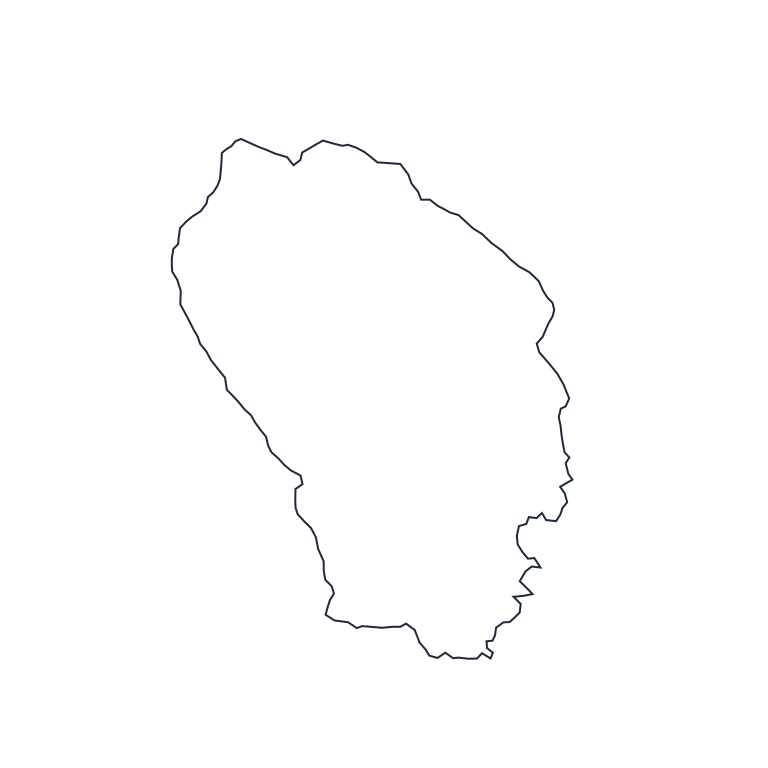 Potirendaba, São Paulo, Brazil (Equal Earth projection), rotated 323°
{"feature_id": "56859067B31235444484955", "entity_name": "Potirendaba", "entity_type": "district", "adm_level": 2, "iso_a3": "BRA", "parent_name": "Brazil", "parent_adm1": "São Paulo", "projection": "equal_earth", "projection_center": [-49.395, -21.076], "detail": "fine", "context": "isolated", "style": "outline", "palette": "slate", "viewbox_px": 768, "rotation_deg": 323, "n_neighbors": 0, "source": "geoboundaries", "source_scale": "gbopen_adm2", "svg_char_len": 2398}
<svg xmlns="http://www.w3.org/2000/svg" viewBox="0 0 768 768"><g transform="rotate(323 384 384)"><path d="M286.4,160.9L282.5,166.8L281.6,176.3L277.9,187.0L269.2,197.9L267.0,213.1L264.7,225.8L263.7,234.2L261.3,241.2L261.7,251.1L260.2,260.8L260.4,270.2L260.8,283.4L255.0,294.0L256.2,303.3L257.0,311.3L257.3,320.2L259.0,329.0L257.9,337.5L257.7,345.9L258.1,355.1L254.4,363.5L253.0,370.8L254.8,379.6L255.7,388.9L257.6,397.0L262.2,406.9L258.7,414.9L250.1,414.6L243.5,423.0L239.0,429.4L236.7,436.0L237.6,445.7L239.0,455.1L237.3,465.6L232.2,475.9L229.1,489.3L223.4,497.0L219.3,505.0L220.5,513.9L217.9,521.2L210.5,524.2L205.0,528.1L198.5,533.1L202.1,543.0L211.9,552.6L215.4,562.6L220.8,564.2L227.6,570.2L235.7,577.5L244.5,582.9L251.0,587.8L257.4,588.6L260.5,599.0L256.8,612.0L257.4,620.8L256.7,628.2L261.9,635.0L271.3,635.5L274.2,644.6L278.9,647.4L286.2,654.3L293.0,659.2L300.3,658.0L303.9,667.3L309.2,664.2L307.4,656.8L311.1,651.2L316.2,654.3L321.3,651.6L326.9,646.1L335.9,646.2L341.1,649.7L347.1,649.2L354.8,648.2L360.8,641.9L359.4,631.9L367.7,637.0L376.2,641.2L375.1,632.0L373.7,623.2L384.0,618.9L392.0,618.6L398.5,624.7L399.3,613.5L393.9,610.2L393.4,601.7L394.2,592.6L398.8,585.1L406.3,578.7L413.4,581.4L419.6,577.5L425.1,582.9L432.5,582.1L431.6,590.2L438.8,597.1L446.2,594.4L451.9,590.5L459.1,588.7L462.5,580.2L462.8,572.1L470.5,573.0L476.9,573.8L477.1,566.8L481.4,556.7L487.8,554.2L487.1,547.2L490.8,539.6L495.3,531.2L500.0,523.4L503.5,515.8L510.3,510.1L515.7,511.2L523.2,507.0L527.1,492.3L528.6,480.1L528.3,470.1L527.7,460.7L527.1,452.1L530.3,443.6L539.1,441.8L551.4,434.8L559.4,431.4L564.6,427.2L567.4,420.6L566.5,413.0L567.2,405.1L569.5,395.0L567.4,382.3L562.6,371.6L560.0,360.8L558.6,349.0L554.6,335.9L552.6,323.3L548.8,313.6L545.2,294.0L539.8,286.5L537.2,280.4L534.3,274.6L531.5,264.3L524.6,259.2L526.9,250.8L526.6,240.5L529.5,231.2L529.5,218.1L521.5,211.2L517.1,207.3L512.1,203.1L510.0,194.3L508.0,187.0L504.1,178.6L499.2,171.3L494.1,168.7L488.4,161.7L481.8,152.9L474.3,151.8L466.0,150.9L458.0,149.9L451.9,154.8L443.4,154.8L443.1,144.5L435.7,134.5L431.1,126.4L426.5,119.1L422.5,111.8L417.2,102.2L411.1,100.7L405.2,102.2L399.1,101.6L393.5,101.9L387.3,109.5L380.5,117.1L376.0,121.9L370.3,125.4L363.2,128.1L355.9,128.7L350.8,133.0L341.6,135.7L331.6,134.9L324.3,135.2L315.0,136.7L308.4,143.3L303.7,148.4L297.0,149.4L290.5,155.6L286.4,160.9Z" fill="none" stroke="#1e293b" stroke-width="2"/></g></svg>